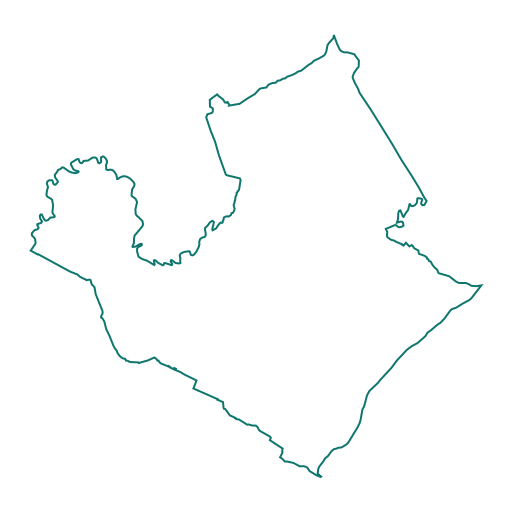 Tocancipá, Cundinamarca, Colombia (Albers equal-area conic projection)
{"feature_id": "7082276B10728251723000", "entity_name": "Tocancipá", "entity_type": "district", "adm_level": 2, "iso_a3": "COL", "parent_name": "Colombia", "parent_adm1": "Cundinamarca", "projection": "albers", "projection_center": [-73.95, 4.971], "detail": "fine", "context": "isolated", "style": "outline", "palette": "teal", "viewbox_px": 512, "rotation_deg": 0, "n_neighbors": 0, "source": "geoboundaries", "source_scale": "gbopen_adm2", "svg_char_len": 5985}
<svg xmlns="http://www.w3.org/2000/svg" viewBox="0 0 512 512"><path d="M333.8,35.0L333.5,37.7L332.9,38.7L329.1,42.8L327.5,45.2L326.3,51.5L325.1,54.2L323.9,55.6L318.9,58.5L314.1,60.7L311.5,63.2L308.8,64.7L301.3,70.6L297.8,71.7L295.3,73.5L291.6,75.2L287.2,76.7L285.2,78.4L282.9,78.7L280.1,80.4L277.7,80.7L275.7,82.7L272.1,83.1L268.4,84.7L266.3,87.5L261.3,88.3L259.6,88.9L254.9,94.0L246.9,98.8L239.6,103.8L229.1,105.6L229.3,105.1L227.8,102.2L227.3,102.0L226.8,102.7L225.0,102.5L223.1,99.6L219.4,96.5L218.9,96.4L217.1,94.4L209.8,99.8L210.0,106.7L212.7,108.3L212.9,111.1L212.3,112.5L211.6,113.0L207.4,114.3L206.2,117.4L210.8,131.1L215.1,141.8L218.9,155.2L225.8,174.5L226.7,175.2L239.9,178.4L240.6,180.1L239.1,189.3L238.5,190.7L237.5,191.3L237.4,192.2L236.6,192.9L236.7,194.3L235.5,196.8L235.1,200.6L234.7,200.9L234.4,203.2L233.6,205.0L234.6,208.9L234.4,210.0L233.0,212.8L231.6,213.2L230.8,215.1L228.5,216.6L227.6,216.3L225.8,216.5L223.9,217.5L223.6,217.9L223.7,219.7L222.9,220.5L222.6,222.5L222.0,222.9L221.0,222.6L220.3,222.8L218.0,225.4L216.3,228.2L212.9,230.2L212.6,230.3L212.3,229.5L212.4,228.5L213.9,222.2L213.0,221.2L212.1,220.9L209.8,222.5L207.6,225.6L205.1,228.0L204.9,229.4L205.6,232.5L205.7,235.6L204.4,237.1L202.1,237.6L200.1,239.1L199.2,241.9L199.4,244.5L198.7,247.1L196.3,251.8L193.8,254.8L192.3,255.4L190.8,254.8L189.8,251.7L189.1,251.2L185.0,251.8L182.7,252.5L180.6,253.8L179.8,255.1L179.8,256.3L180.5,258.4L180.1,259.8L180.4,263.0L179.3,263.5L175.6,263.0L172.2,260.4L171.2,260.1L170.6,261.3L172.3,264.0L172.2,264.7L171.5,265.1L165.0,263.0L164.2,263.2L163.4,265.2L162.5,265.2L158.1,262.8L155.9,260.7L154.6,260.1L154.0,260.3L153.8,260.9L154.7,264.1L154.2,265.0L147.2,260.8L141.9,258.9L138.6,256.8L137.1,251.6L137.1,248.5L138.3,247.0L141.5,245.5L141.9,244.9L141.8,244.2L141.3,243.8L139.9,244.1L135.4,246.6L132.8,247.0L132.4,246.6L134.0,242.7L133.9,239.2L134.6,235.6L141.4,227.5L142.8,225.4L143.0,224.1L142.5,221.2L138.7,217.2L136.7,215.7L135.7,214.0L135.4,209.6L137.1,201.9L135.4,198.6L132.2,196.4L131.5,195.3L132.1,189.4L134.0,186.4L134.6,184.1L133.5,182.0L131.0,179.4L128.6,177.6L126.1,176.5L124.2,176.2L122.2,176.5L119.8,177.6L118.0,179.0L117.2,179.0L116.4,175.1L115.0,172.6L112.9,170.3L110.6,169.6L108.1,170.0L107.0,169.9L106.3,169.4L106.0,165.1L106.8,163.1L107.0,161.0L105.6,158.3L103.7,156.6L102.9,156.4L101.0,157.4L101.2,161.7L100.7,162.5L99.3,163.3L98.2,162.8L97.2,159.5L96.3,158.1L95.3,157.5L92.6,157.6L87.9,160.6L83.6,160.9L82.3,162.9L81.6,163.2L80.3,162.8L79.4,161.8L78.6,159.1L77.1,159.1L71.2,162.8L70.9,164.4L73.3,169.2L75.1,170.5L78.3,171.2L78.6,171.8L78.2,172.3L75.5,173.2L72.0,172.6L69.1,171.5L63.5,167.5L62.1,167.4L60.6,168.9L58.0,170.0L56.9,172.2L54.8,174.8L55.0,177.2L57.9,181.3L57.7,182.3L55.6,184.6L54.8,184.8L53.4,183.8L52.6,180.9L51.9,180.2L49.2,180.3L47.5,181.4L46.8,183.3L48.0,187.2L47.0,190.4L46.4,194.9L47.4,196.7L51.2,198.9L52.1,199.9L53.1,205.3L52.4,212.4L53.0,213.8L54.6,215.8L54.7,216.7L54.1,217.2L50.3,217.6L48.0,220.1L46.2,220.7L44.9,220.3L43.8,218.7L41.8,214.5L40.9,214.4L40.1,215.1L39.8,216.8L40.4,218.9L42.0,221.6L41.0,223.0L37.4,224.1L37.2,224.9L38.5,227.4L38.4,228.4L37.4,229.3L34.5,230.2L31.8,233.3L32.0,235.5L34.3,237.8L35.1,239.1L35.6,242.8L35.3,243.9L30.7,250.6L37.8,254.5L38.1,254.2L70.3,271.7L77.5,274.5L79.6,276.5L83.4,278.6L84.9,279.0L86.4,280.2L89.5,279.6L90.6,280.1L91.7,284.3L94.5,287.2L95.7,294.2L102.5,311.0L102.6,313.3L101.1,316.5L101.1,317.5L102.6,318.6L104.3,321.5L106.2,329.0L109.6,336.1L113.2,345.2L114.9,348.4L116.7,350.7L117.5,353.0L119.6,355.9L121.1,357.2L123.2,358.5L125.2,358.8L126.0,360.6L127.9,360.8L129.8,362.0L138.0,362.4L138.7,362.5L138.9,363.0L147.9,360.4L154.4,357.5L156.8,359.3L157.4,360.7L158.5,360.7L160.1,362.9L161.2,363.6L168.3,366.4L168.6,366.0L169.1,366.3L168.8,366.7L170.4,367.4L170.3,367.6L173.7,369.2L174.2,368.0L176.0,368.8L175.5,370.1L179.9,371.8L184.2,374.4L196.5,380.5L193.4,388.5L217.7,399.2L217.4,399.7L223.0,402.1L223.5,407.6L223.9,408.7L225.3,409.1L229.9,415.4L235.0,417.7L235.6,418.1L235.3,418.4L236.7,419.2L238.8,419.4L247.2,424.7L248.4,424.4L252.2,425.5L255.8,425.6L257.5,427.0L259.0,430.0L260.2,431.1L270.1,436.7L270.8,437.7L269.9,440.2L282.7,448.6L282.1,450.9L282.5,452.5L280.1,457.3L282.4,458.9L284.9,461.5L287.0,461.5L293.4,462.9L299.7,466.3L303.9,466.2L305.6,466.7L307.5,467.8L309.5,471.0L316.3,475.2L320.6,477.0L321.1,476.6L317.7,473.6L318.1,469.6L319.1,466.8L323.4,461.3L324.9,458.6L328.3,455.7L331.3,451.4L333.7,449.3L336.8,448.5L337.7,447.9L341.5,447.4L346.1,444.7L348.0,443.0L357.5,427.5L359.6,423.2L360.6,419.8L362.4,409.6L364.1,406.4L367.0,395.4L369.3,391.1L377.8,383.0L380.7,379.4L391.5,367.8L396.7,360.7L406.7,350.0L411.7,346.2L417.3,343.2L425.4,336.2L427.5,332.7L430.9,330.3L437.4,324.7L440.3,322.9L444.6,318.4L450.4,310.4L451.9,309.1L455.9,307.8L462.7,303.6L468.9,300.3L471.2,298.5L481.3,285.4L476.6,286.2L472.4,285.9L470.9,285.6L469.1,284.3L465.9,283.0L459.1,283.0L456.2,281.7L449.1,276.2L439.0,273.3L438.2,272.6L437.2,269.7L434.5,267.4L432.4,264.8L430.7,261.6L428.9,260.9L428.4,259.3L427.1,258.8L426.8,257.4L424.6,255.8L419.2,253.9L418.7,253.0L418.4,250.5L414.4,248.4L412.2,245.3L411.7,245.1L409.4,246.4L405.9,242.8L403.6,245.6L401.9,244.6L402.1,244.3L395.6,241.6L394.7,240.8L390.9,239.7L388.2,237.8L387.1,236.6L386.9,235.3L387.3,232.0L385.8,228.9L394.9,225.1L396.4,225.3L398.2,227.0L399.6,227.3L402.1,226.6L403.5,225.6L403.0,222.8L402.4,221.8L400.3,221.6L396.9,222.7L398.0,219.2L398.3,213.0L399.2,210.7L400.4,210.4L402.9,216.4L403.6,216.9L406.0,212.6L408.1,210.0L409.5,204.2L410.0,204.2L411.3,206.0L412.2,206.1L413.9,205.8L415.1,205.0L416.9,202.8L417.4,198.4L418.7,198.2L421.0,198.6L422.2,199.3L421.1,203.6L422.3,205.2L424.4,204.9L426.6,201.0L424.1,197.3L418.9,187.6L411.4,175.3L401.6,160.2L392.4,144.4L379.9,124.2L370.0,108.4L359.6,92.9L358.0,88.6L354.9,83.0L352.7,77.9L352.7,76.5L354.0,73.0L357.3,68.2L358.2,67.5L358.7,66.3L358.9,60.5L354.2,54.2L347.6,52.4L343.9,52.3L341.8,51.4L340.0,50.1L337.2,44.2L333.8,35.0Z" fill="none" stroke="#0f766e" stroke-width="2"/></svg>